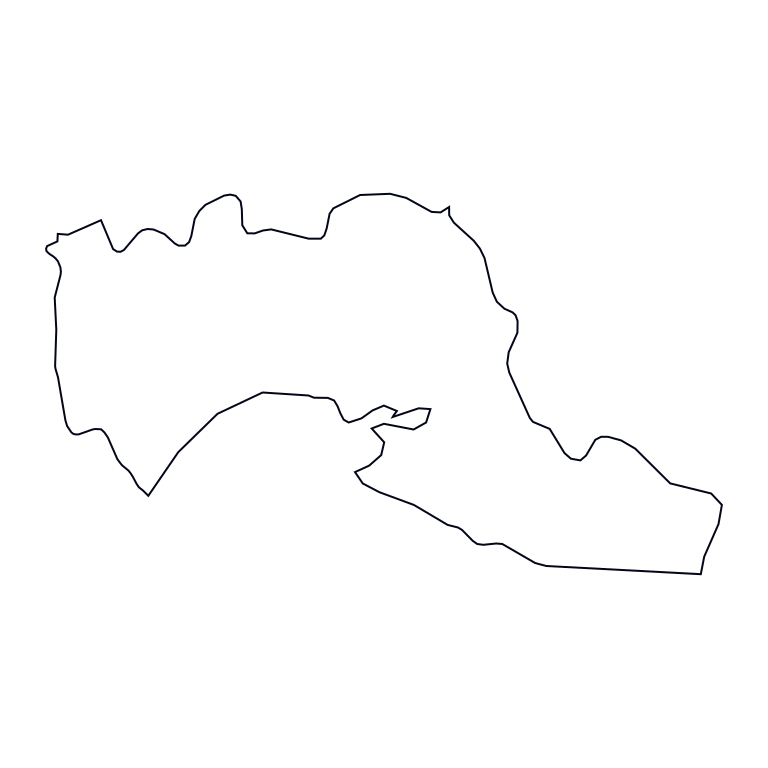 Taranto, Mercator projection
{"feature_id": "ITA-5408", "entity_name": "Taranto", "entity_type": "Province", "adm_level": 1, "iso_a3": "ITA", "parent_name": "Italy", "parent_adm1": "", "projection": "mercator", "projection_center": [17.129, 40.529], "detail": "fine", "context": "isolated", "style": "outline", "palette": "ink", "viewbox_px": 768, "rotation_deg": 0, "n_neighbors": 0, "source": "natural_earth", "source_scale": "10m", "svg_char_len": 1948}
<svg xmlns="http://www.w3.org/2000/svg" viewBox="0 0 768 768"><path d="M700.8,574.2L546.2,566.0L535.1,563.0L502.3,544.0L496.2,543.5L483.3,544.8L477.2,544.0L472.7,540.8L462.0,529.9L458.0,527.5L447.6,524.9L414.0,505.0L379.4,492.2L362.8,483.5L355.0,472.1L369.2,465.6L381.2,455.1L384.2,442.3L371.7,428.5L383.9,423.8L413.6,429.5L426.1,422.5L430.4,409.1L418.7,408.3L392.7,417.0L393.8,415.1L396.9,411.0L383.9,405.6L372.6,410.4L361.4,418.4L348.7,422.5L343.7,419.7L340.4,413.4L337.5,406.1L334.1,400.5L327.9,397.9L314.0,397.7L308.5,395.5L262.6,392.5L217.5,413.8L178.3,452.1L148.3,495.8L143.1,490.6L138.9,487.3L136.6,483.9L133.0,477.1L130.7,473.4L128.5,470.6L122.2,465.4L120.6,463.5L117.4,459.2L107.8,437.3L104.4,432.4L101.1,429.3L95.4,429.0L92.8,429.4L78.9,434.3L76.2,434.5L73.4,433.9L71.4,432.4L67.1,426.0L65.4,420.3L58.0,377.3L55.6,369.2L55.1,366.3L56.3,329.8L54.7,297.5L60.5,275.1L60.9,271.6L60.4,267.4L58.0,261.4L55.5,258.3L52.7,256.0L50.4,254.6L48.1,252.8L46.4,250.9L46.1,248.6L47.1,246.1L57.4,241.4L57.8,233.9L68.0,234.7L101.0,220.2L113.1,249.1L117.0,251.6L120.5,251.8L123.9,250.0L138.0,233.4L142.2,230.3L147.6,229.0L153.5,229.5L164.5,234.1L174.8,243.5L178.5,245.6L185.0,245.6L189.1,242.1L191.3,236.1L194.7,218.9L199.3,211.0L205.5,204.8L224.1,195.6L230.3,194.6L235.7,195.8L240.6,201.5L241.8,209.0L242.3,225.3L247.3,233.3L254.6,233.4L263.0,230.5L271.2,229.4L308.8,238.7L320.8,238.7L324.3,235.4L326.7,228.3L329.6,213.8L333.4,208.3L360.1,195.0L390.1,193.8L406.2,197.9L431.6,211.9L440.6,212.4L449.1,207.0L449.2,215.3L453.9,222.7L473.8,240.8L479.9,248.6L484.5,258.0L492.7,292.6L496.9,301.8L504.4,308.7L512.6,312.4L515.6,315.3L517.6,321.1L517.4,332.8L508.7,352.2L507.2,363.6L509.3,372.6L529.8,417.9L533.0,421.9L549.7,428.9L564.5,453.1L570.9,458.7L580.4,460.4L586.1,455.5L595.3,439.8L601.1,436.8L608.0,436.8L621.1,440.4L635.3,448.7L670.2,483.4L711.2,493.5L721.9,504.9L718.5,524.1L704.2,556.7L700.8,574.2Z" fill="none" stroke="#020617" stroke-width="2"/></svg>